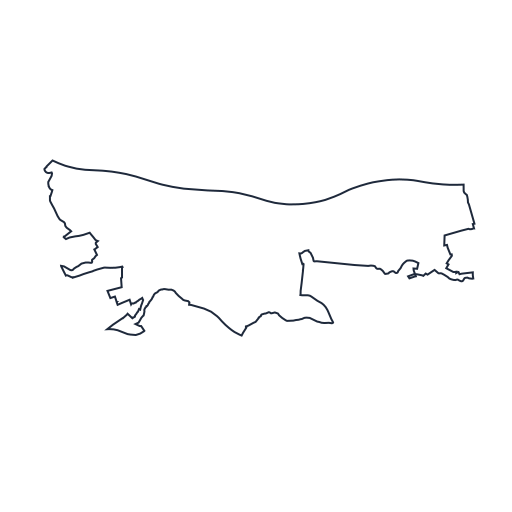 the district of Neder-Betuwe, Gelderland, Netherlands, rotated 185°
{"feature_id": "6326949B61475164445939", "entity_name": "Neder-Betuwe", "entity_type": "district", "adm_level": 2, "iso_a3": "NLD", "parent_name": "Netherlands", "parent_adm1": "Gelderland", "projection": "orthographic", "projection_center": [5.585, 51.922], "detail": "fine", "context": "isolated", "style": "outline", "palette": "slate", "viewbox_px": 512, "rotation_deg": 185, "n_neighbors": 0, "source": "geoboundaries", "source_scale": "gbopen_adm2", "svg_char_len": 6051}
<svg xmlns="http://www.w3.org/2000/svg" viewBox="0 0 512 512"><g transform="rotate(185 256 256)"><path d="M467.0,333.4L472.0,327.5L472.6,326.7L472.5,326.3L473.5,325.4L473.6,325.1L474.3,324.4L474.3,323.9L474.0,323.0L473.7,322.5L472.7,321.4L471.8,320.9L470.8,320.6L469.7,320.6L468.7,320.8L466.9,321.4L466.4,320.5L466.6,318.0L469.4,311.6L469.2,309.7L468.7,307.9L468.4,307.3L468.5,307.2L467.6,305.8L466.8,304.9L465.9,304.3L464.6,303.9L465.0,301.8L466.0,297.7L466.5,297.6L466.1,293.4L465.7,292.4L463.3,288.7L461.3,285.8L457.2,278.6L455.2,275.9L454.4,275.1L453.7,274.7L450.2,273.0L449.2,271.8L448.6,269.4L447.4,268.0L446.8,267.5L443.6,265.6L442.3,264.5L448.9,258.3L449.2,257.9L449.1,257.7L449.1,257.9L446.8,256.3L443.3,258.2L437.8,259.8L434.1,260.6L429.8,262.0L423.7,264.7L422.5,263.4L419.8,260.7L417.4,258.1L416.3,257.5L414.9,257.1L416.7,255.3L416.7,254.1L414.5,251.1L417.4,248.5L417.6,248.4L414.5,243.2L415.8,241.9L417.0,239.7L418.9,238.0L419.0,237.6L418.7,236.0L419.0,235.1L419.7,234.8L422.7,234.9L425.3,234.6L429.2,233.2L432.2,230.4L433.8,229.5L436.1,227.7L437.4,226.1L438.2,225.8L438.9,225.7L439.9,225.9L446.3,228.9L449.3,229.2L449.2,228.8L446.1,223.7L443.7,219.9L443.4,220.1L442.9,220.3L442.1,220.3L438.0,218.8L437.4,218.7L436.6,218.9L436.5,218.5L430.1,221.1L426.2,223.0L420.9,225.2L417.5,226.5L416.6,227.1L413.0,228.7L406.3,231.2L405.5,231.3L400.2,231.5L394.9,232.1L390.9,233.0L388.3,233.8L388.0,233.3L388.5,233.0L387.6,222.9L388.2,222.6L388.5,222.0L387.1,213.2L400.9,208.3L397.4,201.4L393.0,203.3L390.8,198.1L390.7,198.1L390.8,198.0L389.6,195.3L385.2,197.7L378.1,201.4L376.2,196.9L375.9,197.5L375.4,197.9L375.0,198.0L373.8,198.0L372.4,199.0L371.8,199.0L371.2,199.9L369.8,200.9L368.3,202.4L367.0,203.2L365.7,204.3L364.9,202.7L364.6,202.3L364.9,201.1L365.5,198.5L365.9,197.4L366.3,195.5L366.7,192.5L367.9,193.0L368.4,191.4L368.7,190.2L369.3,189.7L370.2,187.9L371.3,186.2L371.4,185.9L371.3,185.2L371.5,184.8L372.5,184.2L372.9,184.2L373.0,183.8L373.7,183.2L378.9,187.3L379.5,186.3L383.2,182.4L383.4,182.5L392.5,175.1L397.8,170.1L395.7,170.4L391.4,170.5L387.4,170.0L377.1,167.0L374.4,166.8L368.9,166.8L364.6,168.6L361.0,171.3L360.7,171.7L364.3,176.2L365.8,176.1L370.1,177.7L367.2,179.4L366.4,181.0L364.8,184.5L363.3,186.5L362.8,186.9L362.5,188.9L362.3,191.0L362.4,191.7L362.6,192.5L362.3,193.6L361.8,194.6L361.7,195.1L360.9,195.8L360.5,196.4L360.6,196.7L360.0,196.9L359.8,197.2L359.2,198.4L359.1,199.1L358.3,200.2L358.3,200.9L357.2,202.3L356.2,203.8L355.7,205.0L355.5,205.9L354.9,206.5L354.7,207.4L354.3,208.5L353.7,209.4L353.2,210.0L351.0,211.4L349.8,213.1L349.2,213.5L347.5,214.4L346.6,214.4L345.5,214.9L344.0,215.1L340.1,214.8L337.4,215.1L335.1,214.4L333.7,213.5L332.7,212.2L329.5,209.4L326.3,207.2L324.6,205.9L323.1,205.5L319.6,205.1L318.3,204.0L318.4,201.6L316.4,201.6L303.2,199.1L295.9,196.6L289.5,192.6L287.6,191.1L284.2,187.9L280.4,184.7L276.7,182.0L273.8,180.1L270.8,178.4L265.5,176.2L263.4,175.5L262.2,178.4L259.5,183.6L259.4,184.0L259.9,184.4L259.9,185.0L259.2,185.2L257.5,186.0L252.7,189.2L250.7,190.3L250.2,191.0L247.8,194.6L247.7,194.9L247.8,195.0L247.2,195.7L246.4,196.1L246.0,196.4L245.9,196.8L245.9,197.3L245.3,198.2L242.4,199.4L241.4,199.5L238.4,201.1L237.5,201.0L236.0,200.2L234.8,200.5L232.3,201.4L229.5,200.7L229.0,200.5L227.8,198.9L224.4,196.5L220.7,194.5L219.5,194.1L218.4,194.2L213.1,194.9L210.6,195.7L208.0,196.2L206.2,196.9L204.9,197.2L202.4,198.6L200.5,199.0L197.1,199.0L189.3,196.0L187.3,195.8L184.8,195.2L182.0,195.2L177.6,195.8L174.5,195.6L173.6,196.1L173.4,196.4L173.6,196.9L175.5,199.8L179.0,206.4L180.2,208.5L182.1,211.1L184.4,213.3L186.6,214.8L190.9,216.7L197.3,220.4L198.8,221.1L200.0,221.3L201.2,221.4L206.7,220.9L208.4,221.0L208.3,222.3L208.5,225.2L208.2,232.8L207.9,245.6L208.0,245.7L207.9,247.7L207.9,252.1L208.2,252.3L208.6,251.9L208.8,252.0L209.1,251.9L211.4,257.4L212.4,260.4L213.0,262.4L211.6,262.4L211.0,262.6L210.3,263.1L209.4,264.0L207.8,265.3L204.3,266.3L204.2,265.6L203.9,265.1L202.7,264.4L201.8,263.7L199.1,259.2L198.2,256.2L197.9,255.9L197.5,255.7L194.9,256.1L157.0,255.6L143.4,255.9L140.7,256.5L138.4,256.5L136.7,256.2L135.2,254.4L134.4,253.9L133.6,253.8L131.5,254.1L130.2,253.5L128.4,252.2L126.5,250.0L126.0,249.5L125.6,249.4L122.8,250.1L122.5,250.3L121.7,251.3L120.9,251.8L119.3,252.6L118.4,252.8L117.5,252.7L115.9,251.6L115.3,251.3L114.7,251.3L113.7,251.7L113.4,252.1L113.0,253.5L110.9,256.5L109.9,259.0L109.0,260.6L107.9,262.0L105.9,264.0L105.0,264.6L102.6,265.0L99.4,265.0L97.0,264.4L93.6,263.1L94.4,257.3L98.0,257.3L97.8,256.1L97.5,255.0L96.1,252.1L102.7,249.0L101.2,247.1L96.1,249.4L95.0,249.7L95.9,251.8L93.9,251.8L88.7,251.2L87.6,250.8L85.4,253.3L83.5,252.4L76.9,257.7L73.0,254.9L72.6,254.7L71.8,254.7L70.5,254.9L69.5,254.8L66.9,253.7L63.2,251.8L61.4,250.4L59.5,249.8L57.2,249.4L55.3,249.4L53.5,250.1L52.7,250.0L51.1,249.2L49.4,248.7L48.7,248.8L48.1,249.0L47.5,249.7L46.5,251.8L46.0,252.3L45.5,252.5L43.5,252.9L42.1,252.4L41.5,252.3L38.7,252.2L37.7,252.5L37.8,252.7L37.7,252.9L38.3,255.5L38.5,257.1L38.6,258.6L49.6,256.3L51.7,255.6L52.9,257.7L53.3,257.6L55.0,256.5L55.0,257.8L57.1,257.3L58.1,257.3L65.4,260.4L63.5,264.4L65.4,265.3L63.7,268.7L61.0,273.1L60.9,273.4L61.2,274.7L62.5,274.5L65.8,281.0L66.7,283.7L69.4,282.9L69.9,292.9L53.8,299.1L46.7,301.6L45.5,301.3L44.2,301.4L43.0,301.8L41.5,302.5L41.2,302.5L42.8,306.7L41.2,307.2L48.4,326.0L49.5,327.8L49.9,330.6L50.6,333.3L51.3,335.2L52.4,335.9L54.1,337.3L54.8,338.8L55.4,345.2L61.5,344.5L69.3,343.8L76.1,343.6L86.3,343.7L94.0,344.2L101.9,344.9L106.0,345.2L111.8,345.2L119.9,344.8L126.8,343.9L131.9,343.0L140.1,341.1L145.9,339.6L150.9,337.9L157.9,335.2L165.8,331.7L169.2,330.0L177.5,325.0L183.3,321.9L191.9,317.9L196.7,316.2L201.3,314.8L207.1,313.3L213.4,312.0L218.6,311.2L227.2,310.3L230.3,310.2L238.0,310.4L241.9,310.6L250.3,311.9L264.9,315.1L278.0,317.1L284.6,317.6L294.8,317.8L309.8,317.1L333.8,316.8L345.2,317.6L355.4,318.9L358.9,319.5L382.6,324.7L392.4,326.3L399.6,327.0L407.0,327.5L413.6,327.6L416.7,327.6L433.8,327.0L442.4,327.4L450.8,328.7L454.0,329.3L460.7,331.2L467.0,333.4Z" fill="none" stroke="#1e293b" stroke-width="2"/></g></svg>